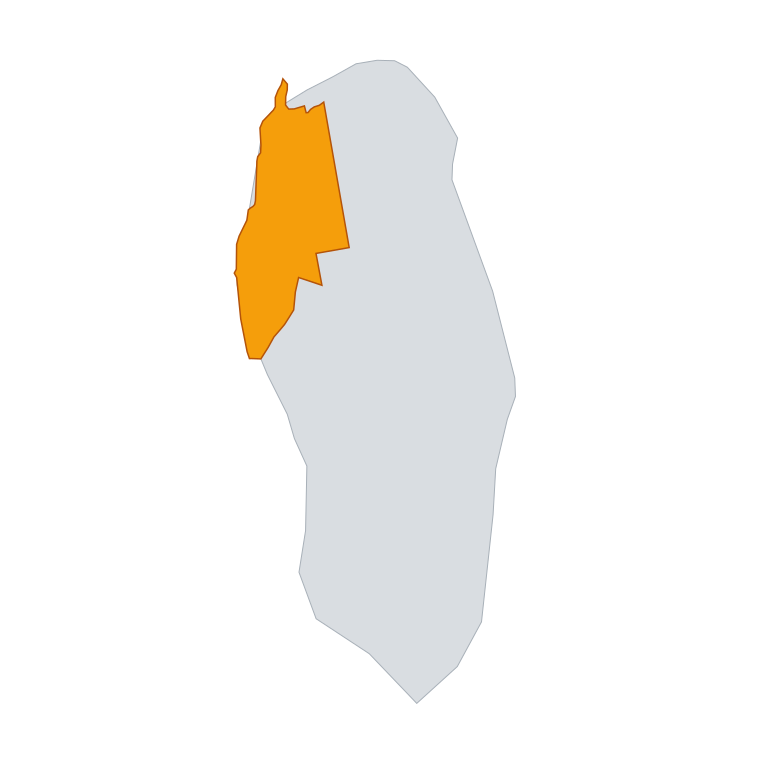 Qatar, with Al Wakrah highlighted, rotated 170°
{"feature_id": "QAT-1101", "entity_name": "Al Wakrah", "entity_type": "Municipality", "adm_level": 1, "iso_a3": "QAT", "parent_name": "Qatar", "parent_adm1": "", "projection": "equal_earth", "projection_center": [51.437, 24.907], "detail": "fine", "context": "in_parent", "style": "filled", "palette": "amber", "viewbox_px": 768, "rotation_deg": 170, "n_neighbors": 0, "source": "natural_earth", "source_scale": "10m", "svg_char_len": 1287}
<svg xmlns="http://www.w3.org/2000/svg" viewBox="0 0 768 768"><g transform="rotate(170 384 384)"><path d="M408.6,687.0L381.5,695.3L355.9,704.2L334.6,704.0L317.4,700.5L306.0,691.9L284.2,657.7L268.8,613.4L278.3,588.7L281.6,573.3L260.9,456.6L254.2,367.2L256.7,348.9L268.7,327.8L288.7,281.2L299.3,236.3L329.3,132.8L360.9,93.0L407.2,63.8L445.3,120.9L491.6,164.6L500.4,213.4L486.7,253.2L474.2,316.6L481.7,345.8L484.5,371.0L497.2,413.5L509.4,468.5L511.5,506.9L504.9,542.5L488.8,572.4L457.0,662.3L447.5,671.7L408.6,687.0Z" fill="#d9dde1" stroke="#a8b0b8" stroke-width="1"/><path d="M512.1,432.4L513.2,439.6L513.8,472.9L510.6,514.4L512.2,519.2L509.5,522.7L504.9,547.1L501.0,554.8L490.6,569.1L487.4,579.0L485.0,580.5L482.2,581.6L480.2,583.2L478.8,586.7L470.9,623.4L470.5,625.5L468.9,629.8L465.4,633.1L463.7,640.7L461.7,657.7L457.7,663.9L445.5,672.8L442.9,675.8L441.3,685.1L437.5,691.4L433.3,696.5L430.6,702.1L427.1,696.1L428.2,690.4L430.9,684.0L432.5,675.8L430.1,671.3L424.7,670.5L414.1,671.7L413.6,664.7L411.7,664.5L408.6,667.2L404.6,669.0L399.3,669.7L394.4,672.1L394.6,524.4L428.3,524.4L428.0,492.0L449.6,503.7L455.3,490.0L460.1,472.6L467.1,464.8L471.6,459.9L476.7,455.6L484.2,449.5L491.7,440.2L500.9,430.1L510.1,432.1L512.1,432.4Z" fill="#f59e0b" stroke="#b45309" stroke-width="1.5"/></g></svg>